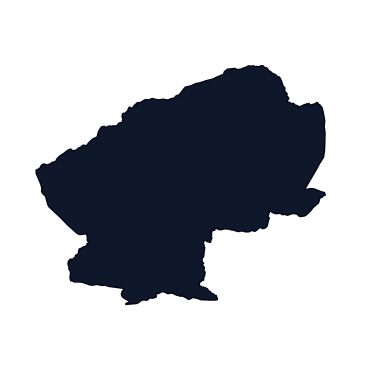 Plai Phraya, Krabi, Thailand, rotated 256°
{"feature_id": "78962969B62820682032584", "entity_name": "Plai Phraya", "entity_type": "district", "adm_level": 2, "iso_a3": "THA", "parent_name": "Thailand", "parent_adm1": "Krabi", "projection": "equal_earth", "projection_center": [98.811, 8.55], "detail": "fine", "context": "isolated", "style": "filled", "palette": "ink", "viewbox_px": 384, "rotation_deg": 256, "n_neighbors": 0, "source": "geoboundaries", "source_scale": "gbopen_adm2", "svg_char_len": 6005}
<svg xmlns="http://www.w3.org/2000/svg" viewBox="0 0 384 384"><g transform="rotate(256 192 192)"><path d="M282.5,304.4L282.9,303.1L285.5,301.5L286.3,300.6L287.5,298.8L289.2,297.8L291.6,295.5L293.2,295.2L294.5,294.4L294.7,292.6L296.4,292.0L297.4,291.1L297.7,289.9L297.4,286.7L298.3,284.8L298.2,283.3L299.1,282.7L299.8,281.5L299.5,280.8L299.6,280.1L300.6,277.9L300.5,276.2L299.9,274.5L299.8,271.3L299.4,270.0L299.4,268.0L299.7,266.1L300.2,264.7L301.2,264.0L301.5,263.5L302.5,256.1L302.3,255.3L301.5,254.3L301.1,252.8L300.2,252.1L298.9,251.4L298.5,250.7L297.2,242.4L296.5,239.9L296.5,232.0L296.2,229.8L296.0,225.5L296.2,221.8L295.2,216.6L295.3,211.1L294.7,209.9L289.4,203.2L289.1,199.9L287.7,197.7L287.4,196.9L287.6,194.3L287.0,190.6L287.7,189.6L287.9,188.4L288.6,187.5L289.0,186.5L289.2,182.8L289.4,182.0L290.5,179.3L292.2,176.4L292.3,175.3L291.7,172.6L292.7,170.1L292.7,167.9L291.3,164.1L291.8,160.5L291.7,160.1L291.0,159.5L291.0,159.1L290.6,158.3L290.2,158.2L290.3,157.7L289.5,156.4L288.3,155.2L288.0,154.1L288.1,153.3L288.8,152.2L289.3,152.1L289.0,151.7L289.0,151.2L288.9,150.9L288.4,150.8L288.2,150.4L287.2,150.2L287.0,149.6L286.3,150.1L285.8,149.5L286.0,148.9L285.6,147.7L284.7,146.7L284.5,146.0L284.9,144.6L284.7,143.6L284.3,143.7L282.4,142.4L279.2,142.6L278.1,141.9L277.3,141.8L276.3,140.6L276.6,138.8L276.5,138.1L275.6,136.3L274.7,135.6L274.4,134.3L274.6,133.4L275.2,131.7L275.3,130.8L275.1,130.4L275.3,129.4L275.9,128.5L275.8,127.1L276.1,126.3L275.1,124.4L277.0,122.7L276.9,119.7L274.9,117.5L273.3,116.1L272.2,115.3L268.4,113.4L267.3,108.2L264.4,103.2L263.1,102.0L262.7,101.3L262.7,100.1L263.4,98.7L263.7,97.4L262.4,94.8L261.9,91.9L260.7,90.2L260.5,88.8L261.0,86.1L261.3,85.6L262.7,85.0L262.9,84.5L262.9,83.4L262.3,81.0L260.3,76.6L258.8,72.2L256.9,69.1L254.6,67.1L254.5,63.7L253.4,60.6L253.3,58.5L253.6,57.5L255.0,55.0L254.9,53.6L254.2,52.2L252.2,50.6L251.4,48.6L250.8,46.0L247.5,45.4L236.8,47.1L232.1,47.3L229.2,46.3L227.1,46.6L223.3,48.9L214.9,49.1L212.2,49.7L199.3,58.1L190.2,63.4L179.6,70.6L178.5,71.8L177.8,73.2L177.2,77.6L177.2,79.1L176.7,79.6L172.8,79.5L170.7,78.7L167.4,79.7L167.5,78.9L167.1,78.4L167.2,77.9L166.7,78.0L166.4,77.4L165.6,77.2L165.1,75.3L164.8,75.0L165.0,73.8L164.9,72.9L164.5,72.4L164.5,71.7L164.1,71.3L164.1,69.7L163.8,69.4L163.9,69.0L163.7,69.0L163.4,68.5L162.5,68.4L162.3,67.8L161.6,67.5L161.1,67.7L161.0,67.4L160.6,67.4L160.4,67.1L159.7,67.0L158.8,64.5L158.7,63.7L157.8,63.2L156.7,62.9L156.3,61.1L156.0,61.0L155.7,60.1L155.8,59.4L155.6,58.7L156.1,58.3L156.1,57.5L155.9,57.0L155.1,56.5L154.8,55.4L154.3,55.0L153.4,55.2L152.3,54.3L148.2,54.5L147.0,53.9L145.6,54.6L143.0,54.7L138.3,52.9L135.3,52.9L134.7,54.3L133.2,56.1L131.9,61.4L130.9,63.9L126.4,70.8L125.7,72.9L125.4,77.4L123.3,81.7L122.9,82.9L122.9,84.3L122.7,85.4L121.5,86.8L120.3,89.1L115.2,102.0L114.8,102.5L114.1,102.5L112.6,100.4L112.0,99.9L110.5,99.0L108.7,98.7L106.9,99.3L104.5,101.3L101.6,104.5L100.9,104.8L100.1,104.3L99.9,101.3L99.4,100.8L98.9,100.7L97.3,111.0L97.6,113.3L98.6,115.3L99.1,116.6L99.1,119.1L97.9,122.1L99.4,125.3L99.2,126.5L98.6,127.8L98.6,130.5L98.9,131.8L99.3,132.1L101.1,132.2L101.8,132.8L101.7,135.4L102.5,137.9L102.4,139.3L102.2,140.1L100.9,142.1L99.5,143.5L99.2,144.1L99.0,147.2L98.7,148.1L98.2,149.1L95.9,151.8L94.7,154.1L93.8,155.4L93.2,157.8L90.9,160.7L88.7,162.7L88.7,163.8L89.5,167.4L87.2,172.2L85.6,174.0L85.0,176.6L84.2,178.1L83.9,180.5L83.2,181.8L82.8,183.7L82.3,185.0L82.3,186.4L81.6,188.0L81.5,190.6L82.5,190.7L85.7,190.4L86.4,189.0L88.1,188.0L88.7,186.8L89.1,186.4L91.3,185.3L92.0,184.0L93.9,183.7L94.9,182.9L96.5,180.5L97.0,180.2L96.6,179.5L97.3,178.4L98.1,178.1L98.7,177.0L101.0,176.6L102.5,177.6L103.0,179.3L104.0,180.3L104.0,180.7L103.6,181.2L103.9,182.0L104.7,181.8L104.9,182.3L105.2,182.5L106.5,182.1L106.9,183.4L107.3,183.8L108.6,184.1L109.2,184.6L110.7,185.2L112.2,184.9L112.6,184.3L113.2,184.2L114.3,185.2L115.2,185.2L115.8,185.7L116.6,185.5L117.0,185.0L118.0,184.7L118.7,184.0L119.1,183.9L119.3,184.1L119.6,185.6L119.8,185.9L120.9,185.6L121.4,185.0L122.3,185.3L123.7,185.0L124.2,185.5L125.6,185.7L125.9,187.0L126.9,187.8L132.0,189.6L134.9,190.9L136.0,190.2L137.2,190.9L138.7,190.5L141.7,191.5L141.8,191.8L141.8,193.8L140.5,194.4L138.9,197.3L138.8,197.8L141.5,199.1L142.1,199.9L142.8,200.2L143.2,200.2L144.2,199.3L144.9,200.3L145.4,200.5L148.8,201.3L149.8,202.9L149.4,204.1L149.6,204.9L150.3,205.0L150.9,204.2L151.0,205.9L150.8,206.9L150.1,208.0L149.3,208.6L148.3,211.5L148.5,214.0L148.3,215.3L147.7,216.6L147.8,217.3L147.3,218.0L146.9,219.5L145.7,221.0L145.3,222.7L143.4,225.5L142.4,227.6L142.3,230.6L141.3,232.9L140.5,234.1L139.8,237.0L139.7,238.2L140.1,240.0L140.1,240.9L139.9,241.6L138.9,242.9L138.7,243.9L139.3,245.4L141.1,248.9L140.9,250.2L139.4,251.6L139.4,254.3L140.4,256.1L141.1,256.8L146.0,259.3L147.4,260.3L148.4,260.6L149.0,260.0L150.1,259.9L153.8,262.1L155.2,262.4L155.1,263.2L153.3,264.5L151.9,266.1L150.6,268.4L150.5,269.9L149.8,272.9L149.3,274.0L148.6,273.6L147.9,275.4L148.0,276.4L147.3,277.7L146.8,278.1L146.4,279.4L146.9,283.8L146.1,286.7L144.9,288.8L143.1,289.8L142.2,290.8L141.9,291.5L141.6,295.2L141.7,296.1L142.1,297.3L145.2,302.7L147.6,305.6L150.8,311.9L152.1,312.9L155.1,314.4L155.6,317.2L156.7,318.8L156.8,320.5L159.4,320.3L161.0,317.4L165.4,311.2L166.5,308.3L166.8,304.4L167.2,301.8L184.0,318.3L188.9,322.7L189.9,323.9L194.0,328.0L199.7,330.4L206.1,332.3L217.0,335.3L219.9,335.7L223.2,335.9L228.9,338.0L238.4,338.6L243.0,338.5L244.6,337.4L245.7,337.1L246.3,336.1L247.7,335.7L248.6,334.9L247.9,332.9L247.6,330.6L247.8,330.1L247.7,328.0L248.0,326.9L249.5,327.0L249.6,326.3L249.4,325.4L249.8,324.6L249.3,323.9L249.6,322.8L249.2,322.0L249.5,321.6L249.1,321.1L249.1,319.2L248.6,317.7L248.6,316.8L248.0,315.8L249.5,315.8L250.2,315.1L251.4,313.0L253.3,312.0L254.0,309.2L255.4,308.3L256.0,306.9L256.6,306.5L257.6,306.6L258.0,306.9L258.9,308.3L259.7,308.5L260.7,308.2L262.3,307.2L264.0,307.9L264.8,307.9L266.2,306.7L268.5,306.4L270.4,307.3L272.7,306.0L278.3,305.6L280.4,305.2L282.5,304.4Z" fill="#0f172a" stroke="#020617" stroke-width="1.5"/></g></svg>